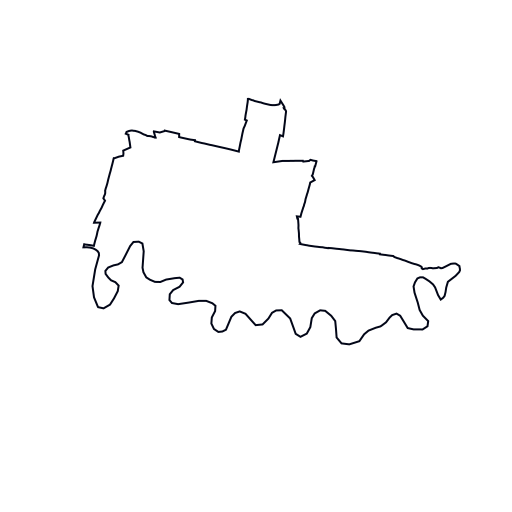 the district of Rachiteni, Iasi, Romania, rotated 128°
{"feature_id": "2599482B67197687394814", "entity_name": "Rachiteni", "entity_type": "district", "adm_level": 2, "iso_a3": "ROU", "parent_name": "Romania", "parent_adm1": "Iasi", "projection": "orthographic", "projection_center": [26.897, 47.06], "detail": "fine", "context": "isolated", "style": "outline", "palette": "ink", "viewbox_px": 512, "rotation_deg": 128, "n_neighbors": 0, "source": "geoboundaries", "source_scale": "gbopen_adm2", "svg_char_len": 6085}
<svg xmlns="http://www.w3.org/2000/svg" viewBox="0 0 512 512"><g transform="rotate(128 256 256)"><path d="M352.5,398.6L355.4,397.3L353.2,394.6L351.5,391.9L350.2,388.9L349.7,386.1L349.7,383.7L350.4,381.7L352.1,380.1L355.7,378.6L365.5,374.5L380.4,366.3L388.3,358.2L393.1,349.8L393.5,348.9L391.1,343.9L384.2,341.1L376.8,341.8L368.8,343.3L363.9,346.0L363.2,350.7L364.4,355.3L363.9,359.1L362.7,363.5L360.5,365.5L356.1,365.4L351.1,362.5L347.6,359.6L343.4,357.9L336.3,359.2L325.6,361.3L320.4,361.2L316.9,357.2L316.1,353.2L321.4,347.4L335.1,338.2L338.1,334.7L340.4,329.3L340.0,325.0L338.6,319.7L335.4,315.4L329.9,312.3L323.4,306.3L320.1,302.8L319.7,299.4L321.7,297.2L327.3,297.3L333.8,300.3L339.2,300.4L344.0,297.1L344.8,293.3L341.9,287.7L334.4,280.6L326.5,273.4L322.0,267.6L320.1,261.3L320.2,257.3L324.6,254.3L331.6,253.0L336.7,249.6L339.4,244.2L339.0,238.9L336.2,236.0L332.6,234.3L319.0,238.0L313.8,237.4L309.7,234.7L308.0,228.7L309.7,219.4L310.7,213.7L305.9,208.7L297.7,207.7L290.9,208.4L286.5,206.6L282.9,202.3L284.2,190.6L289.1,182.8L292.9,176.8L292.3,171.2L285.9,168.2L278.6,169.4L270.6,173.8L265.1,174.4L259.3,172.0L256.6,167.7L256.8,159.9L258.5,153.5L264.1,148.2L270.6,142.3L272.2,134.8L268.2,128.1L259.5,122.1L251.1,122.6L245.5,121.4L238.7,117.4L234.9,114.6L233.4,114.1L228.2,112.7L222.3,112.8L218.7,112.3L214.9,109.8L214.3,105.6L216.2,100.5L219.4,92.1L216.8,86.6L211.3,79.5L205.8,77.6L201.3,80.2L200.3,87.8L197.8,93.8L193.1,99.9L190.0,104.5L187.3,108.5L183.0,113.1L178.9,114.5L174.3,115.0L171.8,113.6L170.0,111.3L169.6,108.5L169.2,103.7L169.4,98.9L170.5,95.5L174.7,88.5L176.6,83.6L173.7,82.8L171.4,82.8L167.8,84.4L163.7,86.7L158.2,88.9L153.5,87.7L148.8,86.5L143.5,86.0L143.1,86.1L141.6,86.5L140.4,87.6L139.5,88.7L138.7,89.5L138.8,91.1L138.9,92.2L138.9,93.0L139.1,94.0L139.6,94.8L140.7,96.1L142.3,97.7L143.0,98.0L147.5,100.1L150.6,101.6L151.8,102.7L152.0,103.7L152.6,105.4L153.7,105.8L154.7,106.7L155.5,107.6L156.8,109.0L157.4,110.3L158.0,111.2L159.1,112.5L160.6,113.4L160.9,114.0L161.5,114.8L161.9,115.1L163.1,116.0L163.6,116.4L163.7,117.0L163.7,117.8L162.9,118.3L162.7,118.7L162.7,119.7L163.0,121.5L163.5,123.2L164.1,124.9L164.8,126.3L165.2,127.4L165.9,129.2L166.3,130.6L166.9,132.3L167.2,133.4L167.6,134.8L168.0,136.1L168.6,137.5L169.0,138.7L169.3,139.8L169.7,140.9L170.2,142.3L170.7,143.4L171.1,144.8L171.6,146.3L171.5,147.8L172.6,149.6L174.1,152.1L175.1,153.9L175.6,154.8L176.2,155.7L177.1,157.2L177.7,158.2L178.4,159.4L177.9,159.8L178.4,160.6L178.8,161.4L179.2,161.9L180.1,163.5L180.9,164.9L181.9,166.5L182.8,168.0L183.9,169.9L184.9,171.8L185.8,173.3L186.9,175.1L188.0,176.9L189.9,179.7L191.9,182.9L193.6,185.3L195.6,188.7L196.8,190.8L198.4,193.3L199.1,194.5L200.6,196.8L203.2,201.1L205.0,203.8L205.2,203.7L205.9,204.7L206.4,205.7L207.0,206.6L208.0,208.7L208.5,209.5L209.3,210.6L209.8,211.4L210.8,213.1L212.3,215.5L213.5,217.6L215.3,220.7L216.0,222.2L216.8,223.6L218.9,227.7L219.4,228.8L219.0,228.8L218.4,229.1L218.2,229.8L218.2,230.4L216.3,232.1L214.2,234.1L212.7,235.3L212.2,235.7L211.4,236.4L209.6,238.1L208.6,239.1L208.0,239.7L205.8,241.3L205.2,241.8L202.2,244.5L200.8,245.9L201.1,246.4L199.6,248.2L197.7,245.1L195.8,245.9L194.5,246.5L190.4,248.0L189.8,248.2L189.1,248.5L187.8,248.9L186.8,249.2L185.9,249.7L183.5,250.5L182.7,250.9L180.6,252.0L179.0,252.6L177.5,253.2L176.9,253.4L176.1,253.8L174.8,254.2L174.0,254.5L172.1,255.3L171.2,255.7L166.8,257.5L164.7,258.5L160.1,256.5L159.8,257.2L159.3,258.4L158.9,259.4L158.7,259.9L158.4,261.3L157.3,261.4L156.8,261.5L154.8,262.4L153.3,263.1L151.6,263.9L150.4,264.3L149.2,264.9L148.9,264.6L144.0,266.7L144.0,266.8L144.2,267.1L145.7,269.9L146.7,272.3L148.4,272.7L152.5,276.9L152.1,277.7L157.1,284.0L160.4,288.1L164.7,293.6L171.4,300.0L152.5,308.4L152.0,308.7L151.4,308.9L150.5,309.4L146.0,311.5L145.1,308.4L142.7,309.7L138.5,312.2L135.9,313.8L133.2,315.4L130.3,317.2L128.1,318.6L123.9,321.1L123.6,321.3L123.2,321.8L122.9,322.5L122.8,323.1L122.8,323.5L122.6,324.7L122.4,325.1L121.9,324.6L121.1,325.4L120.4,327.1L118.5,332.4L121.4,331.1L121.5,331.2L121.8,331.2L122.6,331.4L123.0,331.7L123.9,332.5L124.9,333.4L125.9,334.5L127.2,336.2L128.2,337.8L129.1,339.7L130.5,342.7L131.1,344.1L131.6,345.5L132.0,346.8L132.5,347.6L133.3,349.4L134.1,351.2L134.7,352.5L134.8,352.8L135.0,353.9L135.6,355.1L136.1,356.7L136.3,357.5L136.6,358.4L137.2,359.1L138.0,358.5L139.9,357.3L143.5,355.3L146.7,353.4L150.0,351.7L151.7,350.8L153.5,349.7L155.4,348.7L154.9,346.7L160.6,344.9L162.0,344.6L163.2,344.3L167.9,342.1L173.2,339.4L176.3,338.0L179.4,336.4L181.6,335.3L183.2,334.5L184.3,333.8L185.3,336.1L187.7,341.6L190.1,346.8L193.0,352.9L195.9,359.1L196.8,360.8L199.1,365.9L200.3,368.2L201.5,370.9L203.2,374.8L202.3,375.4L203.6,377.6L204.6,379.3L205.6,381.3L209.0,388.4L209.5,389.6L209.6,389.8L207.5,391.4L207.1,391.7L210.2,398.4L211.9,402.0L213.3,405.0L213.6,404.8L217.7,407.7L217.9,407.8L220.1,412.1L220.7,413.2L220.9,413.1L221.6,412.2L222.8,410.5L223.7,409.4L224.5,408.0L224.9,408.4L224.9,408.6L225.2,409.5L225.5,410.3L225.8,410.9L226.0,411.8L227.0,413.7L228.1,415.2L228.4,415.7L228.4,416.1L228.5,416.8L228.7,417.6L229.0,418.5L229.2,418.9L229.4,419.7L229.7,421.5L229.9,422.9L230.7,425.5L231.9,428.4L232.6,429.4L233.4,430.9L234.1,431.7L235.6,433.0L237.4,434.1L237.9,434.4L238.4,434.2L239.8,433.9L239.0,431.1L239.5,430.8L240.7,429.4L242.8,427.1L244.0,425.7L247.8,421.8L254.7,425.5L256.9,423.5L258.8,422.4L262.1,425.2L266.2,427.8L266.5,428.3L267.3,428.0L268.7,427.3L270.7,426.4L272.5,425.6L273.5,425.2L274.6,424.7L275.3,424.4L276.5,423.9L278.2,423.1L281.2,421.9L286.6,419.6L290.0,418.0L293.0,416.8L295.3,416.0L297.6,415.0L297.9,414.6L298.8,413.9L299.7,413.3L301.1,412.8L302.2,412.6L304.5,411.8L305.4,409.0L307.3,408.7L310.2,408.1L313.0,407.4L315.5,407.0L317.2,406.7L318.8,406.3L320.8,406.1L329.0,404.3L329.5,404.1L325.5,399.3L326.1,399.0L327.2,398.6L328.1,398.2L329.0,397.9L330.7,397.3L332.8,396.5L334.2,396.0L335.6,395.3L336.8,394.7L338.5,393.9L340.8,393.0L342.9,392.2L346.1,390.8L347.8,390.0L348.8,392.0L349.4,393.1L349.9,394.0L350.4,394.8L350.9,395.7L351.2,396.2L351.8,397.1L352.2,397.9L352.5,398.6Z" fill="none" stroke="#020617" stroke-width="2"/></g></svg>